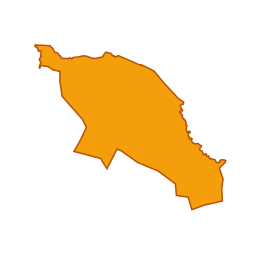 the district of Altanbulag, Selenge, Mongolia, rotated 8°
{"feature_id": "93677404B4874653776406", "entity_name": "Altanbulag", "entity_type": "district", "adm_level": 2, "iso_a3": "MNG", "parent_name": "Mongolia", "parent_adm1": "Selenge", "projection": "mercator", "projection_center": [106.819, 50.071], "detail": "fine", "context": "isolated", "style": "filled", "palette": "amber", "viewbox_px": 256, "rotation_deg": 8, "n_neighbors": 0, "source": "geoboundaries", "source_scale": "gbopen_adm2", "svg_char_len": 5381}
<svg xmlns="http://www.w3.org/2000/svg" viewBox="0 0 256 256"><g transform="rotate(8 128 128)"><path d="M229.2,146.7L227.8,146.2L226.7,146.2L225.6,146.5L225.0,146.4L224.5,146.6L223.6,147.6L223.5,147.8L223.4,148.1L223.4,148.4L223.5,148.6L223.5,148.9L223.3,149.3L222.8,149.5L222.0,149.5L221.1,149.9L220.8,149.9L220.3,149.7L219.7,149.1L219.4,149.0L219.2,148.5L219.1,148.0L219.0,147.8L218.7,147.5L218.4,147.3L217.8,147.1L217.3,147.0L216.6,147.1L216.0,147.5L215.7,147.4L215.0,146.9L214.9,146.9L214.4,147.0L214.1,146.8L213.9,146.9L213.6,147.0L213.3,147.1L213.1,147.0L212.8,146.7L212.6,146.4L212.5,146.0L212.4,145.5L212.2,145.1L212.0,144.9L211.8,144.6L211.5,144.5L211.3,144.6L211.1,144.6L210.4,145.0L210.1,145.1L209.9,145.0L209.6,144.9L209.5,144.7L209.4,144.1L209.5,143.6L209.5,143.4L209.4,143.2L209.0,142.8L208.8,142.7L208.5,142.7L208.2,142.8L208.0,143.1L207.9,143.3L207.7,143.7L207.5,143.9L207.3,143.9L206.5,143.7L205.8,143.3L205.6,143.2L205.5,142.5L205.6,142.3L205.4,141.8L205.2,141.3L204.8,140.8L204.1,140.4L203.7,140.3L203.2,140.2L202.7,140.0L202.4,139.8L202.2,139.6L202.0,139.3L201.9,138.8L201.9,138.3L202.0,137.7L202.3,137.3L202.5,137.1L203.1,136.7L203.3,136.2L203.2,135.6L203.0,135.3L202.8,135.2L202.5,135.1L201.8,135.0L201.1,134.8L200.7,134.5L200.1,133.9L199.6,133.6L198.7,133.7L198.1,134.1L197.7,134.3L197.3,134.4L197.0,134.4L196.9,134.4L196.8,134.2L196.6,134.1L195.7,134.1L195.3,134.0L194.1,133.7L193.9,133.6L193.6,132.9L193.4,132.7L192.7,132.1L192.5,131.7L192.5,131.2L192.9,130.6L192.9,130.4L193.0,130.0L193.0,129.7L192.8,129.5L192.6,129.4L192.0,129.2L191.5,129.3L191.3,129.4L191.1,129.7L190.7,130.4L190.3,129.7L190.1,129.4L189.4,128.7L189.5,128.3L189.7,128.1L189.7,127.9L189.5,127.6L189.1,127.6L189.0,127.4L189.1,127.2L188.6,126.5L188.5,126.1L188.6,125.6L188.7,125.3L188.8,125.1L189.6,124.4L189.9,124.1L190.1,123.8L190.1,123.5L190.1,123.3L190.0,123.1L189.9,122.9L189.7,122.8L189.5,122.7L188.5,122.8L188.3,122.9L188.2,123.0L187.9,123.6L187.8,123.8L187.6,124.0L187.4,124.1L187.1,123.9L186.8,123.5L186.5,122.8L185.8,121.2L185.9,120.4L185.8,119.8L185.7,119.2L185.7,118.7L185.9,118.2L186.1,117.9L186.1,117.6L186.0,117.4L185.8,117.1L185.6,117.1L185.1,117.0L184.9,116.9L184.6,116.6L184.6,116.4L184.6,116.2L184.9,115.7L184.9,115.4L184.8,115.0L184.7,114.6L184.4,113.9L183.8,112.5L183.5,112.3L183.2,112.2L182.6,112.3L182.4,112.2L182.2,112.0L182.2,111.9L182.3,111.7L182.2,111.5L182.2,111.4L181.8,111.4L181.7,111.2L181.5,110.8L181.5,110.7L181.1,110.5L180.9,110.3L180.7,110.2L180.5,109.9L180.3,109.6L180.3,109.4L180.2,109.2L179.9,108.9L180.0,108.8L180.1,108.6L180.1,108.3L180.2,108.1L180.1,107.9L179.9,107.8L179.7,107.4L179.3,107.3L179.0,107.3L178.8,107.2L178.7,107.1L178.6,106.9L178.5,106.6L178.5,106.3L178.6,106.0L178.6,105.8L178.5,105.6L177.9,105.4L177.3,105.5L177.2,105.5L177.2,104.6L177.3,104.4L177.4,104.2L177.6,104.2L177.7,103.7L177.8,103.6L178.4,103.3L178.7,103.3L179.0,103.4L179.2,103.5L179.2,103.4L179.5,103.0L179.5,102.9L179.5,102.7L179.2,102.7L179.1,102.4L179.1,102.2L178.9,101.9L178.6,101.7L178.1,101.6L177.6,101.1L177.6,100.7L177.4,99.9L177.2,99.7L177.2,99.4L176.8,99.0L176.7,98.8L176.7,98.5L176.8,98.1L177.0,98.0L177.5,97.7L177.7,97.4L178.6,96.8L179.1,96.8L179.4,96.8L179.5,96.7L179.5,94.4L178.1,93.8L173.9,91.9L156.5,77.7L153.7,75.1L146.3,68.3L141.8,66.5L135.8,64.5L132.2,63.5L132.1,64.3L115.1,59.5L112.5,58.8L108.5,57.7L107.4,58.3L105.3,59.6L105.0,59.1L104.6,58.7L104.1,58.7L103.5,58.4L103.3,58.4L102.9,58.6L102.6,58.6L102.4,58.5L102.2,58.4L101.8,57.3L100.6,56.4L100.1,56.4L99.2,56.6L97.8,56.1L97.6,56.1L97.2,56.2L96.3,56.1L95.4,56.0L95.2,56.5L94.8,56.9L94.5,57.4L94.3,57.8L94.1,58.2L93.9,59.0L93.6,59.4L92.6,61.6L90.9,61.8L90.5,61.9L90.1,62.2L88.4,62.8L87.8,63.1L87.5,63.1L84.2,63.9L83.7,63.9L83.2,63.8L79.4,63.2L78.0,63.0L77.6,62.8L77.1,62.7L76.0,62.6L75.1,62.6L74.0,62.7L72.9,63.1L72.0,63.3L69.8,64.1L67.6,64.9L63.7,65.8L63.3,66.5L63.1,67.0L62.4,67.5L62.1,67.2L61.5,66.7L61.3,66.7L60.0,66.8L59.8,67.0L59.2,67.7L58.7,67.6L56.2,67.8L54.9,68.1L54.4,68.1L52.8,68.3L52.5,68.0L52.3,67.5L52.1,67.1L51.7,66.8L51.2,66.8L51.0,66.4L50.8,65.9L50.7,65.8L49.9,65.8L49.7,65.7L49.1,64.9L48.9,64.5L48.8,64.3L48.5,64.0L48.1,63.9L48.0,63.7L47.7,63.5L44.2,62.8L44.1,62.2L43.8,61.6L43.5,61.2L43.3,60.7L43.0,60.2L42.0,59.5L41.9,59.1L41.6,58.8L41.4,58.8L40.9,58.8L40.5,58.6L39.9,58.3L39.7,57.4L34.2,57.8L33.9,57.8L30.2,58.1L29.8,58.2L28.6,58.7L26.4,58.3L25.8,58.6L25.4,58.6L25.2,58.7L25.1,58.9L25.0,59.0L24.8,59.0L24.7,58.9L24.4,58.8L24.4,59.2L24.5,59.9L24.6,60.2L24.8,60.4L25.0,60.5L25.6,60.5L25.9,60.6L26.8,61.1L27.1,61.5L28.2,63.6L28.6,64.2L28.9,64.5L29.2,64.5L29.5,64.4L30.5,64.0L30.8,64.0L31.0,64.1L31.2,64.3L31.4,65.3L31.4,66.3L31.6,67.4L31.6,67.7L31.5,68.2L31.5,68.4L31.7,68.6L32.0,68.8L32.1,69.0L32.2,69.5L31.5,70.0L31.2,70.5L31.1,70.8L31.1,71.1L31.1,71.7L30.8,72.2L30.7,72.4L30.7,72.6L30.7,72.8L31.1,73.3L31.5,73.9L32.0,74.4L32.1,74.6L32.2,74.8L32.3,75.1L32.6,75.6L32.6,75.8L32.5,76.2L32.1,76.7L32.0,77.2L32.0,77.5L32.0,77.8L32.0,78.2L31.8,78.6L31.8,78.8L31.9,79.2L31.8,80.0L32.1,81.6L33.1,78.2L40.3,78.3L45.6,80.9L52.8,81.5L54.1,91.5L58.4,105.8L81.7,125.8L86.8,133.3L82.2,147.4L77.8,158.7L105.1,162.0L112.8,171.3L120.1,150.4L124.4,151.5L142.5,160.9L163.7,166.3L182.7,176.7L185.3,188.1L197.2,188.1L202.6,200.0L213.7,194.0L231.6,187.1L229.2,175.0L229.3,165.5L224.1,155.0L229.2,148.3L229.2,147.4L229.2,147.0L229.2,146.7Z" fill="#f59e0b" stroke="#b45309" stroke-width="1.5"/></g></svg>